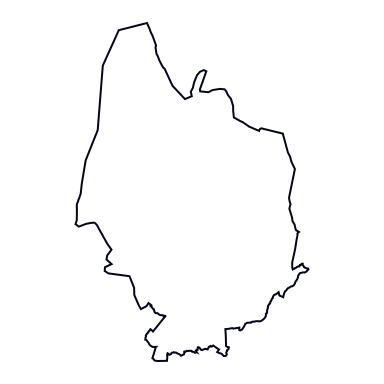 Tixtla de Guerrero, Guerrero, Mexico (Robinson projection)
{"feature_id": "50627088B84888194044649", "entity_name": "Tixtla de Guerrero", "entity_type": "district", "adm_level": 2, "iso_a3": "MEX", "parent_name": "Mexico", "parent_adm1": "Guerrero", "projection": "robinson", "projection_center": [-99.344, 17.607], "detail": "fine", "context": "isolated", "style": "outline", "palette": "ink", "viewbox_px": 384, "rotation_deg": 0, "n_neighbors": 0, "source": "geoboundaries", "source_scale": "gbopen_adm2", "svg_char_len": 5798}
<svg xmlns="http://www.w3.org/2000/svg" viewBox="0 0 384 384"><path d="M282.8,133.6L261.2,128.3L260.1,129.0L259.4,129.7L259.1,130.9L249.1,126.6L247.0,125.1L242.3,121.9L240.9,121.4L233.9,117.5L233.2,111.1L233.1,106.0L231.0,98.9L228.0,95.2L226.4,91.5L224.5,89.3L219.9,88.9L212.4,90.1L208.5,92.2L200.2,91.4L199.9,89.4L206.3,71.3L203.9,70.1L203.7,70.1L200.1,71.7L197.0,75.2L194.1,82.4L192.9,87.8L190.8,91.8L191.8,96.2L185.0,99.1L172.5,85.8L164.7,68.9L162.9,67.2L159.4,60.5L157.7,56.0L156.5,53.8L155.5,47.1L156.1,45.7L154.5,41.1L152.5,35.7L150.9,32.5L149.4,28.4L147.0,23.0L118.8,30.2L102.8,65.6L97.7,130.1L85.7,160.3L81.8,183.5L80.7,193.8L76.8,204.6L76.9,210.5L76.8,220.2L75.6,223.9L75.5,224.2L76.8,225.0L77.4,225.6L78.9,226.6L86.0,223.9L89.4,223.2L93.6,222.6L94.9,223.0L95.6,223.6L96.9,225.0L98.4,227.8L107.3,243.8L111.5,249.7L107.2,255.4L106.5,259.5L111.6,264.1L105.0,267.2L104.7,271.0L108.4,273.4L129.5,276.2L134.1,287.8L134.3,295.0L137.9,303.3L138.9,305.6L141.0,309.1L146.4,306.2L148.5,303.1L149.4,303.6L149.8,304.0L150.3,304.4L150.4,305.4L151.0,305.3L150.9,306.0L151.5,305.8L151.6,306.1L151.6,306.7L152.1,307.6L152.5,308.2L152.7,308.5L152.9,308.6L153.0,308.9L153.9,309.3L154.0,310.2L154.3,310.8L154.4,311.9L154.9,312.3L155.5,313.1L156.5,313.1L157.6,313.2L158.2,313.8L158.6,314.0L158.9,314.3L159.3,314.7L159.7,314.8L160.2,314.9L160.6,315.2L161.3,315.1L161.9,315.1L162.1,315.1L162.3,315.1L162.9,315.3L163.0,315.5L163.2,315.8L163.3,315.7L163.6,315.7L164.0,315.8L164.3,316.0L164.5,315.9L164.8,315.8L165.1,315.9L165.3,315.9L165.4,316.1L153.0,331.5L152.3,330.7L150.4,329.2L150.0,329.8L149.8,330.3L149.5,330.7L149.2,330.9L148.8,331.1L148.5,331.5L148.4,332.3L148.0,332.6L147.7,332.7L147.6,333.1L147.4,333.5L147.2,333.6L146.8,333.8L146.4,334.6L146.1,335.0L145.9,335.3L145.8,335.7L146.0,336.0L146.0,336.5L145.9,337.0L145.4,337.6L145.3,337.9L145.4,338.4L145.6,338.9L145.4,339.5L145.9,339.5L146.2,340.0L146.9,340.6L147.2,341.1L148.8,343.2L149.0,343.8L149.5,344.6L150.2,345.4L151.6,346.4L152.2,346.7L152.8,346.9L154.5,347.0L155.0,346.9L156.0,346.9L155.8,347.1L153.7,354.1L153.0,356.3L152.9,356.5L152.4,358.2L153.4,358.9L154.2,360.1L154.5,360.3L154.7,360.5L156.6,360.9L157.3,361.0L163.9,360.9L166.6,360.8L167.0,360.8L167.3,356.7L167.1,354.7L167.3,354.0L167.6,353.2L167.8,353.3L169.3,354.8L170.1,354.5L170.2,354.3L170.6,354.2L170.9,354.1L171.2,354.0L171.4,353.0L171.8,352.7L173.4,352.6L173.8,352.2L174.3,352.6L175.9,352.5L176.1,352.6L176.3,352.8L176.8,353.0L177.9,353.7L179.4,354.3L179.5,354.4L180.7,355.2L181.0,355.7L181.7,355.5L182.8,354.8L183.9,354.4L184.2,353.8L184.2,351.6L184.5,351.5L185.3,351.9L186.8,350.8L187.8,351.0L188.0,351.1L188.6,350.9L189.3,350.7L190.4,350.9L190.9,350.8L191.1,350.9L191.6,350.9L191.8,351.5L192.2,351.8L192.6,351.9L192.9,351.8L193.9,351.9L194.5,352.6L195.1,352.9L196.6,352.1L196.8,352.2L195.8,350.7L196.4,350.0L196.6,349.7L197.6,349.9L197.8,347.2L198.0,347.1L199.4,347.6L199.8,348.2L200.8,349.5L201.4,350.0L202.1,350.0L205.2,348.8L207.7,349.4L208.2,348.0L209.0,347.0L209.1,346.7L210.7,346.6L210.7,346.0L212.0,346.4L212.6,346.1L213.2,345.5L219.0,349.6L217.2,352.1L219.0,353.0L220.9,353.5L221.2,353.5L221.8,353.9L223.1,355.4L223.8,356.0L224.1,356.0L224.5,356.0L225.1,356.0L225.9,355.9L226.5,355.0L226.8,354.6L226.7,354.1L226.5,353.7L226.2,352.4L226.4,352.1L226.7,351.7L227.0,351.2L227.0,350.6L227.3,350.5L227.4,350.0L227.7,349.7L228.6,348.9L229.0,346.5L228.6,347.1L227.9,347.2L226.8,346.6L226.0,346.0L226.0,343.5L226.0,342.6L225.9,341.3L225.9,340.5L225.9,339.4L225.8,336.3L225.4,329.1L228.7,328.8L231.2,328.3L232.5,328.1L233.3,328.6L239.3,327.6L239.2,329.8L239.9,330.0L240.0,330.3L240.4,330.3L241.8,329.7L243.2,327.9L244.9,324.9L245.3,323.9L247.1,322.8L250.3,322.6L250.8,322.8L251.3,322.1L251.7,321.9L252.6,321.8L253.0,321.6L253.4,321.6L253.7,321.7L254.1,321.7L254.4,321.6L255.0,321.4L255.4,321.5L255.8,321.3L257.3,321.1L257.8,321.1L258.5,321.3L259.0,321.4L259.8,321.3L260.3,321.2L261.3,320.9L262.2,320.1L262.9,319.8L263.8,318.9L264.9,317.7L265.5,316.8L265.8,315.9L265.9,315.4L265.9,313.8L266.4,313.3L266.8,313.2L266.9,312.7L267.1,311.9L267.0,310.4L267.4,309.8L267.5,308.9L268.0,307.7L267.8,306.8L267.9,306.5L268.1,305.7L268.5,305.4L268.8,304.5L269.0,304.4L269.3,304.3L269.6,304.0L269.7,303.2L270.2,303.0L270.5,301.5L271.1,301.0L271.2,300.3L271.7,299.8L271.9,298.9L272.9,297.8L272.8,297.4L272.8,297.1L273.2,296.4L273.5,295.8L273.8,295.2L276.2,294.1L278.6,292.2L278.7,292.7L278.9,293.2L278.8,293.6L279.2,294.2L279.2,294.8L279.5,295.0L279.7,295.3L279.6,295.6L283.2,297.2L283.4,296.0L284.3,292.8L284.8,292.1L284.9,291.6L285.0,291.3L286.3,290.4L286.7,289.7L287.2,288.9L287.7,288.7L288.3,287.8L289.4,287.6L289.9,287.3L290.3,286.9L291.2,286.3L292.2,286.3L293.7,285.4L294.8,283.6L295.5,281.7L296.0,281.0L297.2,279.3L297.9,277.4L298.2,275.7L299.8,273.2L301.3,272.8L303.0,272.4L304.1,272.4L304.6,272.5L305.1,272.3L305.7,272.0L306.4,271.5L307.2,270.7L307.7,270.0L308.4,269.6L308.5,269.4L308.0,268.5L307.5,268.5L306.9,268.4L306.4,268.3L306.2,268.1L305.4,267.8L304.6,267.6L304.1,267.2L303.7,266.3L303.2,265.7L302.8,265.0L302.6,264.3L302.7,263.9L302.7,263.7L302.4,263.7L301.6,263.9L301.5,264.0L301.4,264.5L301.2,264.5L300.9,264.9L300.7,265.1L300.4,265.1L300.3,264.9L300.1,264.8L299.9,264.9L299.8,265.1L299.7,265.8L299.4,266.2L299.2,266.5L298.5,266.4L298.3,266.3L297.9,266.6L296.8,267.1L295.6,268.1L295.4,268.2L295.1,268.2L295.0,268.3L294.8,268.4L294.6,268.3L294.4,268.6L294.1,268.9L293.4,269.1L293.2,269.3L292.8,269.5L292.2,267.0L292.2,264.4L292.2,263.2L292.3,262.1L295.1,249.2L296.4,240.9L296.7,239.2L297.5,235.2L297.4,233.9L297.6,233.1L299.0,232.0L296.4,230.4L296.0,230.2L295.7,229.5L294.5,224.4L292.5,221.1L292.0,217.3L289.4,209.0L289.6,207.5L290.5,204.2L289.7,201.7L289.0,197.8L294.9,169.0L291.5,162.0L290.0,156.5L287.9,152.4L282.8,133.6Z" fill="none" stroke="#020617" stroke-width="2"/></svg>